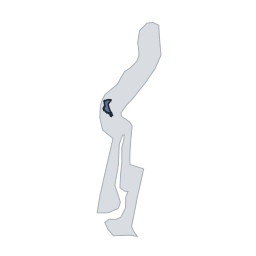 Nianija, Central River, Gambia shown in context, rotated 282°
{"feature_id": "56634734B85088174381509", "entity_name": "Nianija", "entity_type": "district", "adm_level": 2, "iso_a3": "GMB", "parent_name": "Gambia", "parent_adm1": "Central River", "projection": "natural_earth1", "projection_center": [-15.106, 13.716], "detail": "fine", "context": "in_parent", "style": "filled", "palette": "slate", "viewbox_px": 256, "rotation_deg": 282, "n_neighbors": 0, "source": "geoboundaries", "source_scale": "gbopen_adm2", "svg_char_len": 3530}
<svg xmlns="http://www.w3.org/2000/svg" viewBox="0 0 256 256"><g transform="rotate(282 128 128)"><path d="M38.6,115.4L56.9,114.6L79.1,114.9L103.3,115.3L114.7,115.5L120.7,103.6L132.1,98.3L143.7,96.4L149.8,96.9L156.2,98.6L168.5,108.5L176.1,110.7L182.6,112.9L187.2,117.7L194.6,122.5L200.3,123.7L203.8,123.0L209.5,121.2L213.3,119.7L225.5,119.1L234.5,124.6L236.4,130.6L234.9,136.7L222.8,140.0L206.1,145.1L192.2,142.3L175.3,135.3L165.4,130.3L161.3,128.3L155.2,125.1L149.8,121.6L144.6,119.4L140.6,118.0L137.7,119.8L136.2,124.0L133.9,128.8L130.9,131.6L116.7,133.2L104.0,135.0L97.2,136.4L92.7,137.6L91.2,151.8L76.8,151.7L62.7,151.5L48.0,151.8L32.3,152.0L28.2,154.9L24.0,159.6L23.6,152.5L19.6,136.2L25.0,129.1L30.8,124.9L34.8,128.2L36.0,134.9L39.0,139.4L49.3,142.2L59.6,140.2L65.8,141.1L65.6,137.5L67.8,132.6L80.2,130.5L93.4,129.1L106.9,126.1L117.5,126.3L120.6,125.4L119.9,124.2L110.4,122.8L90.1,126.2L69.4,127.1L53.8,136.0L47.4,135.2L40.9,126.3L38.6,115.4Z" fill="#d9dde1" stroke="#a8b0b8" stroke-width="1"/><path d="M150.0,99.2L149.8,99.1L149.7,99.1L149.5,99.3L149.4,99.3L149.4,99.2L149.2,98.9L148.9,99.0L148.7,99.2L148.6,99.3L148.3,99.5L148.1,99.6L147.9,99.7L147.7,99.7L147.6,99.8L147.3,100.0L147.2,100.0L146.9,99.8L146.6,100.0L146.4,100.1L146.2,100.2L145.9,100.3L145.6,100.4L145.2,100.7L144.9,100.8L144.7,100.9L144.5,101.0L144.5,100.9L144.3,100.8L144.2,100.8L144.0,100.7L144.0,100.3L143.9,100.3L143.8,100.2L143.6,100.2L143.4,100.1L143.1,99.9L142.8,99.8L142.7,99.9L142.6,100.0L142.6,100.3L142.3,100.4L142.1,100.3L142.0,100.1L142.0,99.9L141.7,99.7L141.5,99.8L141.4,99.9L141.4,100.1L141.4,100.3L141.3,100.6L141.2,100.6L141.0,100.8L140.8,100.9L140.7,100.9L140.6,100.6L140.3,100.6L140.2,100.6L140.0,100.9L140.0,101.0L140.3,101.4L140.4,101.5L140.3,101.8L140.1,101.9L140.1,102.0L140.0,102.3L139.9,102.5L139.7,102.5L139.4,102.5L139.2,102.6L139.1,102.8L139.0,103.1L139.2,103.3L139.3,103.4L139.3,103.6L139.2,103.8L138.8,103.8L138.7,103.8L138.4,104.0L138.4,104.3L138.5,104.5L138.7,104.4L138.8,104.4L138.9,104.5L139.0,104.6L139.0,104.9L139.1,105.0L139.0,105.3L139.0,105.5L139.0,105.9L138.9,105.9L138.7,105.8L138.6,105.7L138.2,105.8L138.1,106.0L138.0,106.3L138.0,106.6L138.3,106.6L138.4,106.8L138.5,106.9L138.5,107.4L138.5,107.5L138.4,107.7L138.3,107.8L138.1,107.9L137.9,108.0L137.6,108.2L137.5,108.3L137.3,108.3L137.2,108.3L137.2,108.1L137.2,107.9L136.9,107.8L136.7,107.9L136.4,108.1L136.2,108.3L136.0,108.6L135.9,108.8L135.9,109.0L135.9,109.3L136.0,109.3L136.4,109.4L136.5,109.6L136.9,109.8L137.0,109.8L137.3,110.1L137.4,109.9L138.2,109.5L138.4,109.3L139.5,108.7L139.8,108.5L139.9,108.3L139.9,107.8L140.0,107.8L140.6,107.4L140.8,107.2L141.0,107.1L141.2,106.9L141.4,106.8L141.4,106.7L141.5,106.7L141.8,106.5L141.9,106.4L142.0,106.3L142.2,106.2L142.5,106.1L142.8,105.9L143.0,105.8L143.1,105.7L143.3,105.6L143.5,105.5L143.6,105.3L143.9,105.1L144.1,105.0L144.5,104.9L144.9,104.7L145.0,104.6L145.4,104.4L145.6,104.3L145.9,104.1L146.0,104.1L146.4,103.9L147.0,103.8L147.2,103.7L147.6,103.7L147.9,103.7L148.0,103.7L148.4,103.9L148.4,104.0L148.5,104.0L149.3,104.5L149.6,104.7L149.8,104.8L150.6,105.2L150.9,105.4L151.3,105.6L151.5,105.6L151.8,105.6L152.0,105.5L152.1,105.4L152.1,105.1L152.0,104.8L151.6,104.6L151.6,104.3L151.8,104.1L151.8,103.8L151.7,103.5L151.7,103.4L151.6,103.1L151.6,102.9L151.6,102.7L151.5,102.3L151.4,102.2L151.1,101.7L150.8,101.0L150.7,100.9L150.4,101.0L150.2,101.0L150.1,100.9L150.1,100.6L150.0,100.4L149.9,100.3L149.9,100.2L149.9,99.9L149.8,99.7L149.9,99.4L150.0,99.2Z" fill="#64748b" stroke="#1e293b" stroke-width="1.5"/></g></svg>